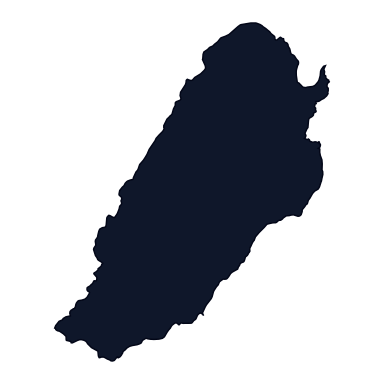 the district of Machetá, Cundinamarca, Colombia
{"feature_id": "7082276B57289019060192", "entity_name": "Machetá", "entity_type": "district", "adm_level": 2, "iso_a3": "COL", "parent_name": "Colombia", "parent_adm1": "Cundinamarca", "projection": "albers", "projection_center": [-73.613, 5.041], "detail": "fine", "context": "isolated", "style": "filled", "palette": "ink", "viewbox_px": 384, "rotation_deg": 0, "n_neighbors": 0, "source": "geoboundaries", "source_scale": "gbopen_adm2", "svg_char_len": 5909}
<svg xmlns="http://www.w3.org/2000/svg" viewBox="0 0 384 384"><path d="M325.4,65.7L323.6,66.3L321.3,69.5L320.6,71.3L320.2,75.7L319.0,80.1L318.1,81.8L315.6,84.8L314.5,85.7L312.6,86.5L307.5,87.1L305.7,87.6L303.3,87.3L302.1,86.5L301.5,85.6L300.0,84.3L299.4,83.4L297.4,82.3L297.2,81.8L296.3,75.5L296.2,72.1L296.3,70.4L296.7,68.7L297.6,65.5L298.3,64.3L298.5,63.1L298.5,62.0L298.2,61.1L296.4,59.1L294.5,56.1L293.5,55.2L291.4,54.2L291.0,53.7L290.6,52.6L289.8,49.0L288.2,46.2L288.0,44.7L287.3,43.4L286.7,42.9L285.1,42.3L284.4,41.8L283.9,40.8L283.5,38.7L282.1,38.5L280.6,37.3L279.9,37.5L276.9,40.0L276.6,40.1L275.6,39.9L274.9,39.1L274.8,37.1L274.4,36.3L271.0,33.6L269.6,31.7L267.8,30.3L265.7,28.5L263.0,26.7L262.0,25.7L260.0,24.5L257.1,23.4L255.8,23.0L250.9,23.0L241.3,24.6L240.3,24.9L238.1,26.5L229.0,34.5L225.3,36.3L221.1,37.8L220.3,38.5L217.7,41.8L214.6,44.2L212.7,46.1L210.0,47.2L209.0,48.0L207.6,49.5L203.9,52.0L203.1,54.3L202.8,58.5L202.5,59.5L205.3,65.8L205.6,68.1L205.0,69.4L204.0,70.6L200.6,73.9L194.7,77.5L192.4,80.2L191.8,80.4L190.2,80.4L187.3,79.3L186.5,80.0L186.2,80.6L186.1,82.2L185.8,83.5L185.4,84.7L180.6,92.2L180.1,95.6L180.9,98.1L180.9,99.1L180.0,100.3L176.5,101.6L175.7,102.2L175.3,102.9L175.3,105.4L173.5,108.9L172.1,113.9L171.5,114.8L170.0,116.0L169.1,117.1L167.0,119.1L163.8,125.6L163.8,127.7L164.1,128.2L164.1,128.8L163.4,130.3L162.5,131.6L159.0,135.1L156.1,138.4L155.1,140.7L149.2,149.4L147.1,154.3L145.5,157.0L143.5,160.1L139.7,164.5L138.1,169.2L137.5,170.3L136.0,172.0L133.4,177.7L133.3,178.9L133.1,179.3L130.1,180.1L127.5,181.1L126.6,181.8L125.2,183.3L124.0,185.7L122.3,187.2L119.7,190.5L119.0,194.2L119.2,195.0L119.4,195.4L120.8,196.5L121.5,197.4L121.7,198.2L121.6,199.5L121.1,200.5L121.1,201.2L121.5,202.3L121.6,203.7L121.3,204.5L119.7,206.2L119.1,209.1L117.4,213.4L116.5,214.9L114.5,217.6L112.7,217.2L110.3,215.8L109.2,215.4L108.6,215.4L107.1,217.2L106.8,218.1L106.2,224.9L105.7,226.8L104.3,227.4L102.7,227.6L101.9,227.9L99.7,229.2L98.8,231.3L97.8,235.5L97.8,236.4L97.0,238.0L95.5,240.1L95.3,241.9L95.5,242.4L95.8,245.1L95.4,245.9L94.0,247.9L93.7,248.8L93.6,249.6L95.5,255.6L97.0,257.7L97.7,259.4L98.4,260.2L101.5,262.1L102.8,263.2L102.7,263.6L102.1,263.9L101.7,264.5L101.4,265.7L100.9,266.5L98.1,268.7L98.0,270.0L97.6,270.4L96.1,271.8L94.1,273.0L93.9,273.4L93.9,273.8L94.2,274.2L96.6,277.0L96.8,277.7L96.9,278.4L96.5,280.5L96.1,280.9L94.2,280.8L93.7,281.2L93.1,282.6L92.0,284.1L91.4,284.4L89.9,286.0L87.5,287.4L87.1,287.9L87.0,289.4L87.2,290.3L87.9,291.2L89.2,291.9L89.5,292.4L89.5,292.9L88.9,294.2L87.0,297.4L85.0,299.1L82.0,300.1L78.9,300.6L77.8,301.2L76.4,303.1L75.9,304.4L75.3,307.1L74.5,308.3L74.2,308.6L73.3,308.8L72.0,309.8L71.3,310.1L70.1,311.5L69.8,313.2L70.4,315.9L66.0,316.8L63.2,318.5L62.5,319.7L61.9,320.1L59.1,321.3L55.7,325.6L54.7,328.1L55.4,328.4L55.8,329.5L56.4,330.1L57.7,330.8L59.5,331.2L61.2,332.3L63.4,333.8L66.0,336.3L66.1,336.7L66.2,340.0L66.5,340.4L70.7,341.4L70.9,341.6L71.1,342.7L71.9,342.9L72.5,342.8L77.5,340.4L79.5,339.7L81.3,339.6L83.8,340.2L85.7,341.1L87.0,342.5L87.5,343.6L91.5,347.6L97.9,351.1L98.4,356.0L99.1,357.6L99.7,357.7L101.2,357.1L103.4,357.0L105.1,357.7L107.3,359.0L109.7,359.9L110.9,360.8L112.3,361.0L113.9,360.6L114.5,360.2L116.8,357.3L117.3,356.8L117.7,357.0L117.7,357.5L118.1,357.8L118.6,357.6L120.0,356.8L121.2,355.4L122.7,352.8L122.9,351.8L123.4,351.2L124.9,350.1L127.0,347.9L129.6,346.3L132.4,345.5L137.1,344.7L139.7,343.8L141.0,343.1L141.5,342.4L142.2,340.9L143.0,340.0L145.7,338.4L146.8,338.4L147.8,338.8L150.4,339.2L153.9,339.4L159.0,339.1L162.4,338.3L164.4,336.8L167.2,332.0L168.7,329.9L170.3,328.1L171.2,326.4L172.2,325.1L174.7,323.2L176.0,322.8L176.6,323.0L177.9,323.8L178.4,324.5L179.0,324.8L179.5,324.5L180.2,323.5L180.8,323.1L181.5,323.0L183.0,323.3L191.1,323.2L192.0,322.8L193.8,320.5L195.2,319.6L195.9,318.9L197.5,315.2L198.5,314.1L199.4,313.4L200.2,313.1L200.8,313.1L202.5,314.1L203.6,315.6L202.6,313.5L202.6,312.6L205.2,306.9L206.4,304.8L211.2,298.6L212.1,296.7L213.3,292.2L213.9,290.7L216.4,286.8L218.2,284.8L219.2,282.3L219.7,281.6L221.7,280.1L223.2,279.1L224.9,279.2L226.3,279.0L227.1,278.5L228.6,276.7L230.6,273.5L232.4,272.0L237.6,269.1L238.4,266.9L239.4,265.6L240.2,263.6L241.7,262.5L242.7,262.3L243.6,261.8L244.2,261.0L244.7,259.5L245.4,257.0L247.2,255.5L248.0,254.4L248.3,253.4L249.1,252.5L249.9,251.1L249.7,249.7L249.9,247.9L250.9,246.1L252.4,242.7L253.5,241.0L254.1,240.4L255.4,236.9L259.1,232.5L264.2,227.4L266.6,224.6L267.0,224.2L268.0,223.9L270.9,223.2L272.9,222.8L275.7,222.7L276.7,222.2L278.1,220.8L279.3,220.3L280.7,220.2L282.4,219.0L283.3,217.9L286.3,215.8L289.3,215.6L290.9,215.1L293.4,214.8L297.8,216.2L298.9,216.2L300.0,215.7L301.1,214.7L302.1,211.8L302.2,210.1L302.4,209.5L304.6,206.8L306.1,204.5L306.9,204.1L307.3,203.7L308.3,200.3L309.8,198.3L312.6,193.4L314.7,191.1L318.1,189.1L319.0,187.7L319.5,186.7L321.0,182.0L321.4,181.1L321.8,178.9L322.8,174.5L322.7,171.6L322.0,169.8L322.2,163.9L321.9,159.9L320.3,155.5L319.7,152.3L319.8,149.1L318.2,148.3L319.6,147.6L320.2,146.2L320.4,145.4L320.4,144.6L320.2,144.0L319.2,143.7L319.4,142.4L319.3,142.0L318.8,141.8L317.8,142.6L316.3,142.0L315.1,141.8L312.7,142.3L309.9,141.2L309.6,140.9L309.4,139.9L308.4,139.0L307.1,139.6L304.5,138.4L305.4,137.3L305.9,135.8L305.8,135.0L305.4,134.5L305.0,133.1L307.0,128.7L307.9,127.6L308.5,120.5L308.9,118.8L309.3,118.2L311.7,116.8L312.7,116.0L313.4,115.1L313.6,113.1L315.8,111.9L316.0,111.6L316.1,111.1L315.5,110.0L315.6,108.1L314.6,107.1L314.5,106.8L314.8,105.7L314.8,104.5L315.0,104.2L316.2,103.6L315.7,101.7L316.1,101.5L317.4,101.6L319.2,101.1L321.5,99.5L323.8,98.4L326.6,95.9L328.0,93.7L327.7,91.9L328.0,91.5L328.2,90.6L328.2,88.2L327.1,87.1L327.0,85.1L327.4,83.8L328.6,82.1L329.2,82.0L329.3,81.8L328.6,80.9L328.7,80.5L328.7,80.2L328.2,79.9L327.1,79.5L326.8,78.8L326.1,78.4L325.9,78.0L325.7,75.9L324.7,75.2L324.2,74.6L324.6,71.8L323.9,69.4L324.0,68.8L325.4,65.7Z" fill="#0f172a" stroke="#020617" stroke-width="1.5"/></svg>